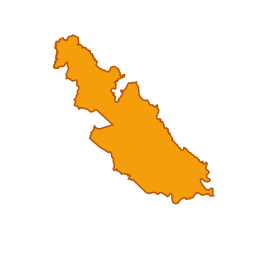 outline of Baba, Los Rios, Ecuador, rotated 307°
{"feature_id": "8360857B87551033662534", "entity_name": "Baba", "entity_type": "district", "adm_level": 2, "iso_a3": "ECU", "parent_name": "Ecuador", "parent_adm1": "Los Rios", "projection": "albers", "projection_center": [-79.637, -1.673], "detail": "fine", "context": "isolated", "style": "filled", "palette": "amber", "viewbox_px": 256, "rotation_deg": 307, "n_neighbors": 0, "source": "geoboundaries", "source_scale": "gbopen_adm2", "svg_char_len": 5831}
<svg xmlns="http://www.w3.org/2000/svg" viewBox="0 0 256 256"><g transform="rotate(307 128 128)"><path d="M159.0,20.7L157.3,20.0L156.2,20.5L156.0,20.9L155.7,20.7L155.2,20.9L154.9,19.7L154.2,19.2L154.1,18.9L153.8,19.0L153.7,18.8L153.5,19.1L152.6,19.1L152.3,19.5L151.3,19.8L151.3,20.1L150.9,19.9L150.9,20.7L150.3,20.7L150.1,21.4L149.2,21.3L148.9,21.5L148.7,21.2L148.5,22.0L147.9,21.9L148.1,23.3L147.3,24.3L147.4,24.6L146.9,24.8L147.0,25.5L146.5,26.2L146.0,25.8L145.5,26.2L145.0,25.9L144.1,26.2L144.2,26.8L143.4,27.4L142.7,26.9L142.2,27.5L141.1,27.9L141.1,28.2L140.4,28.1L140.0,28.4L139.9,28.7L140.4,29.4L140.4,30.0L139.6,29.3L138.9,30.0L138.2,29.7L137.4,29.9L137.1,30.5L136.7,30.1L136.4,30.7L135.8,30.6L135.6,31.2L134.0,30.9L132.9,31.5L132.7,32.2L132.1,31.9L131.8,32.1L131.6,33.6L132.6,34.9L133.8,36.2L134.4,35.7L136.9,37.5L137.6,38.6L139.2,39.7L139.8,39.7L140.7,39.3L142.0,39.3L143.1,39.8L144.6,39.4L142.0,41.5L141.1,42.4L140.3,44.3L139.7,44.8L135.1,46.1L133.5,46.3L131.9,48.3L130.3,49.0L131.5,50.0L131.9,50.9L132.1,55.5L134.0,56.8L134.3,57.4L135.3,57.9L133.7,60.2L132.5,60.4L131.4,61.3L131.2,61.8L131.4,63.4L130.3,64.7L126.1,65.9L125.1,67.7L123.4,67.1L122.7,67.2L121.5,68.4L120.8,68.4L119.1,68.0L118.3,68.1L117.6,70.2L117.3,70.5L114.2,71.2L113.9,71.6L114.9,74.8L114.5,75.7L114.8,76.8L114.2,77.1L114.0,76.7L113.6,77.2L114.0,77.6L115.6,78.0L115.7,78.7L117.1,80.1L117.3,81.8L117.9,82.7L118.6,84.5L118.3,87.3L118.7,89.0L119.7,89.9L121.1,90.5L122.1,90.3L123.6,91.8L121.4,113.9L110.5,106.1L109.1,103.8L109.0,102.0L109.6,100.1L107.9,100.4L107.0,102.0L106.5,101.6L104.5,101.7L102.4,101.2L100.9,102.4L99.6,102.6L96.6,103.8L95.8,117.8L96.3,120.2L96.6,126.3L96.8,126.4L96.9,127.4L98.0,127.7L98.3,128.5L96.9,131.0L95.3,132.1L94.8,134.5L93.4,135.9L92.1,136.5L91.3,138.2L89.6,139.9L88.0,140.6L86.6,140.6L85.8,142.3L87.0,143.6L87.9,143.4L88.2,143.7L87.5,145.1L87.9,146.3L87.7,147.2L88.0,149.1L87.6,149.4L87.3,150.5L88.9,151.9L89.4,153.5L90.2,154.3L90.7,156.2L89.9,156.3L89.7,156.6L91.0,157.3L91.5,158.2L91.1,158.6L89.6,158.5L88.9,158.9L87.6,159.0L89.1,162.0L88.8,162.6L89.5,162.8L89.6,163.4L87.5,180.8L87.6,182.6L88.8,184.5L92.3,187.4L93.2,191.9L95.3,192.4L96.4,193.1L97.1,197.2L96.9,200.3L97.2,201.0L97.5,200.7L98.2,200.8L98.7,201.4L101.0,201.2L101.6,202.1L101.1,203.2L99.0,204.8L95.8,208.0L95.6,209.6L95.8,210.8L96.4,211.7L97.9,212.9L102.6,213.1L106.2,214.7L106.5,215.1L106.7,215.8L106.1,217.0L106.7,218.1L108.2,218.9L108.9,220.4L109.9,220.2L110.5,220.4L111.7,222.0L112.8,221.5L114.8,221.4L115.9,221.7L117.7,221.4L119.0,225.5L118.7,227.2L119.2,227.8L120.1,228.2L120.8,229.4L122.3,230.1L122.7,230.5L122.9,231.5L124.1,232.2L123.3,234.1L123.3,234.6L125.4,237.2L126.0,235.9L126.7,235.2L130.8,232.1L129.8,230.7L127.7,229.9L126.5,229.2L126.0,227.2L127.6,221.2L128.6,219.0L129.5,217.6L130.8,216.7L131.5,217.0L131.9,222.3L132.4,223.3L132.8,223.9L134.8,225.0L135.9,224.9L136.3,223.9L136.1,221.4L136.5,220.1L137.4,219.4L138.4,219.2L140.6,219.6L141.5,219.4L142.1,218.0L141.9,216.1L142.3,214.6L143.6,213.9L146.9,212.8L147.6,211.8L147.6,211.1L146.1,211.3L145.7,210.5L144.7,209.9L144.6,209.4L145.9,208.6L146.3,207.9L145.9,207.3L144.7,207.4L144.4,206.9L144.5,205.0L145.3,204.0L145.5,202.0L145.9,200.8L145.0,198.8L145.8,196.9L145.4,195.2L145.8,193.0L145.3,191.3L146.3,187.6L146.3,185.0L146.0,184.5L144.7,185.2L143.1,185.1L142.3,184.0L143.3,181.8L142.8,180.4L143.3,179.5L143.6,178.2L144.5,177.0L144.1,175.9L144.1,174.7L145.0,172.8L144.7,172.3L144.5,170.8L144.9,170.1L146.3,170.2L146.8,168.9L146.8,168.3L147.9,166.2L148.2,164.4L148.7,164.8L149.0,164.6L148.5,163.8L149.1,163.0L149.0,162.3L149.7,162.3L149.7,161.4L150.8,161.2L151.3,160.3L151.1,159.3L151.3,158.5L150.0,157.8L149.9,157.0L152.1,154.8L152.8,153.7L153.7,151.3L152.6,150.6L152.8,149.8L153.6,149.0L154.2,149.4L154.7,148.5L154.4,147.8L153.2,146.9L153.3,144.9L154.1,144.1L155.8,143.4L158.6,143.1L159.3,142.5L160.1,142.3L161.4,140.9L161.5,140.2L162.3,138.8L163.9,138.0L163.9,137.5L163.0,137.0L162.0,137.9L161.6,137.6L161.1,136.8L160.9,135.3L161.2,134.1L160.9,133.4L159.8,132.4L159.8,131.1L160.5,130.1L160.8,129.1L161.7,128.0L161.9,127.2L161.7,126.4L160.3,125.0L159.7,123.5L159.9,120.0L160.9,118.0L160.8,117.5L161.4,116.7L167.2,111.4L168.2,108.1L169.8,107.0L168.3,106.0L166.7,103.9L166.2,104.0L165.7,103.6L165.0,101.9L164.0,101.3L158.8,102.4L157.7,102.4L156.0,102.0L154.7,102.3L154.2,99.7L153.2,100.0L152.4,102.9L147.8,103.4L147.0,103.2L146.3,103.5L145.3,103.1L144.7,103.3L144.6,104.3L143.8,103.9L142.6,104.0L141.3,102.1L141.9,101.0L143.0,100.2L144.0,100.1L144.2,99.5L145.7,98.9L145.2,96.3L145.6,96.1L145.8,96.8L146.2,96.9L146.6,96.1L147.6,95.7L146.7,94.4L146.7,94.0L147.1,92.3L147.8,91.7L148.7,91.5L150.4,91.9L151.3,93.6L151.2,94.1L151.6,94.4L152.3,94.4L152.8,94.1L154.3,92.5L155.6,92.5L156.3,91.0L156.0,90.0L157.0,89.8L157.2,90.3L157.9,90.0L158.8,90.4L158.4,91.1L159.0,91.5L160.4,91.2L160.8,90.7L161.5,90.7L162.5,91.9L164.5,92.3L164.9,93.2L166.1,93.8L167.2,93.9L168.4,93.5L168.5,92.9L165.1,90.9L164.9,90.5L167.3,88.5L168.3,86.2L169.3,85.1L169.0,80.2L168.1,79.0L165.8,77.8L163.0,79.0L161.9,78.2L160.6,78.2L159.8,75.1L160.1,74.7L159.9,74.0L159.0,72.6L158.9,70.0L158.4,68.0L159.1,64.8L159.6,64.3L161.6,64.0L162.5,63.4L162.7,62.0L162.1,61.4L163.2,60.3L162.7,60.1L163.1,59.0L163.0,58.2L163.6,58.1L163.8,57.6L163.7,57.1L164.2,57.1L164.4,56.5L165.1,56.1L165.1,54.9L165.5,54.6L165.0,54.2L165.0,53.1L165.4,53.1L165.9,51.9L166.7,51.4L166.3,51.2L166.4,50.6L166.1,50.3L166.3,49.9L166.0,49.8L166.3,48.9L166.0,48.3L166.3,47.4L166.0,47.2L166.0,46.7L166.1,46.1L166.5,45.9L165.9,45.3L166.2,44.9L164.7,43.4L165.7,43.1L166.0,39.4L164.6,38.7L164.1,38.0L164.3,37.4L165.8,37.8L168.5,35.2L170.2,34.1L170.0,32.0L169.1,28.2L168.2,28.5L167.0,27.1L165.3,25.7L163.7,25.7L161.5,26.3L160.8,26.2L160.8,25.2L160.1,24.9L160.3,24.5L160.2,23.9L160.4,22.5L160.8,22.0L159.0,20.7Z" fill="#f59e0b" stroke="#b45309" stroke-width="1.5"/></g></svg>